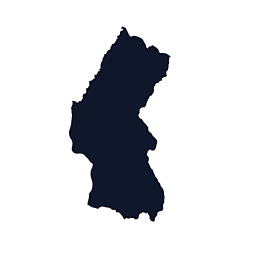 the district of Brasília de Minas, Minas Gerais, Brazil, rotated 159°
{"feature_id": "56859067B44310993838483", "entity_name": "Brasília de Minas", "entity_type": "district", "adm_level": 2, "iso_a3": "BRA", "parent_name": "Brazil", "parent_adm1": "Minas Gerais", "projection": "equal_earth", "projection_center": [-44.453, -16.238], "detail": "fine", "context": "isolated", "style": "filled", "palette": "ink", "viewbox_px": 256, "rotation_deg": 159, "n_neighbors": 0, "source": "geoboundaries", "source_scale": "gbopen_adm2", "svg_char_len": 5718}
<svg xmlns="http://www.w3.org/2000/svg" viewBox="0 0 256 256"><g transform="rotate(159 128 128)"><path d="M96.4,222.6L96.6,221.0L98.1,220.2L99.4,220.4L100.5,220.0L100.9,218.4L101.6,217.5L102.4,217.5L103.6,216.7L104.6,217.0L104.8,215.3L105.4,214.3L106.3,214.5L106.8,213.6L107.7,213.1L108.6,212.4L109.4,211.6L109.6,210.6L110.5,211.4L111.3,211.0L112.4,211.1L112.7,209.6L113.3,210.4L114.1,209.6L115.0,208.9L115.4,207.5L116.4,207.1L117.7,206.8L118.9,206.8L120.0,205.9L121.0,205.0L122.1,204.4L123.3,204.5L123.9,203.0L125.1,202.5L126.1,201.5L126.7,200.6L127.3,199.4L128.5,198.7L129.3,197.7L130.3,196.4L130.8,195.1L131.4,193.6L132.1,192.7L133.1,192.5L133.0,191.4L133.6,190.4L135.2,190.8L136.1,190.1L136.7,189.2L137.4,188.8L138.1,188.3L139.0,188.0L139.8,188.7L140.4,187.1L140.6,185.3L141.5,184.7L142.5,185.6L143.5,184.9L144.1,183.8L145.1,184.8L145.9,184.7L146.8,184.9L147.4,184.1L147.7,182.4L148.3,181.0L149.1,180.4L150.5,179.4L151.5,178.7L152.2,179.2L152.8,178.4L153.1,177.2L153.3,175.8L154.5,175.3L155.2,174.7L156.0,174.0L156.9,175.0L157.7,174.5L158.5,173.2L158.0,172.1L158.7,171.7L159.6,171.0L160.5,169.9L161.5,169.7L161.9,168.8L162.9,169.3L164.0,169.8L165.0,169.0L166.0,168.9L167.0,169.5L167.8,170.7L168.8,171.8L169.8,172.3L170.1,171.0L170.3,170.0L171.1,169.1L172.1,168.0L173.0,167.2L173.4,165.7L173.7,164.4L174.2,163.2L174.5,162.1L174.7,160.8L175.1,159.4L175.8,158.2L176.2,157.3L176.6,156.2L177.3,155.4L177.8,154.2L178.5,152.8L179.0,151.7L179.8,150.6L180.6,149.5L181.2,148.5L181.9,147.6L182.6,146.8L183.3,146.0L183.9,144.9L184.4,143.4L184.7,142.2L184.7,140.8L184.8,139.8L184.5,138.2L184.1,136.6L184.1,135.6L184.4,134.5L184.6,133.3L185.2,132.1L185.9,130.7L186.6,129.8L187.2,128.7L187.6,127.3L187.4,125.7L186.7,124.6L185.9,123.8L184.8,123.1L183.5,122.7L182.0,122.2L181.3,121.9L180.6,121.6L179.8,121.2L178.8,120.2L177.8,119.0L177.4,117.8L176.9,116.4L176.3,115.3L175.9,114.3L175.5,113.2L175.2,112.0L174.8,110.5L174.4,109.5L173.7,108.7L173.1,107.5L173.3,106.1L174.0,104.8L174.7,103.8L175.5,103.0L176.3,102.3L177.0,101.4L177.7,100.5L178.2,99.6L178.7,98.3L179.2,96.8L179.5,95.4L179.6,94.0L179.7,92.1L179.9,90.7L180.1,89.4L180.5,88.0L181.4,86.2L182.2,84.7L182.9,83.6L183.7,82.6L184.8,81.8L186.1,81.0L187.3,80.0L188.0,78.6L188.5,77.3L189.0,76.3L189.7,75.4L190.4,74.4L191.2,73.3L191.8,72.3L192.4,71.1L191.7,70.5L191.2,69.5L190.5,68.6L189.4,67.4L188.3,66.6L187.5,66.1L186.6,65.6L185.7,64.8L184.9,64.1L184.1,64.3L183.1,64.8L182.1,64.9L181.2,64.9L180.3,64.7L179.1,64.3L177.9,63.5L176.8,62.6L176.1,62.2L175.3,61.8L174.4,61.3L173.8,60.9L172.9,60.0L172.0,58.7L171.3,57.7L170.4,57.2L169.4,57.3L168.5,56.7L168.1,55.5L168.5,54.0L167.5,53.6L166.7,54.1L166.1,52.7L165.5,51.9L165.1,50.9L164.8,49.3L164.1,48.5L164.0,47.0L164.1,45.9L163.4,44.8L162.1,45.5L161.0,45.3L160.4,44.3L159.3,43.7L158.0,44.1L157.2,43.8L156.5,43.3L155.5,43.1L154.7,42.6L154.1,41.7L153.3,40.6L152.0,40.4L150.7,41.1L150.0,42.7L148.8,43.7L148.1,44.8L147.3,44.5L146.3,44.3L145.1,44.7L144.1,44.9L143.4,44.4L142.4,43.8L141.7,42.7L141.0,43.3L140.0,42.6L139.3,41.6L139.3,40.3L138.8,38.9L138.9,37.8L139.0,36.6L139.6,35.5L139.1,34.5L139.1,33.4L138.2,32.7L137.2,32.1L136.4,33.4L135.8,34.4L135.1,35.2L134.1,35.9L133.2,36.2L132.3,37.2L131.8,38.5L130.9,39.2L129.7,39.7L128.6,39.7L127.4,39.6L126.4,39.3L125.5,39.6L124.7,40.3L124.4,41.4L124.0,42.7L123.5,43.7L122.8,45.0L121.7,45.8L121.0,46.8L120.9,48.1L120.5,48.9L119.6,49.7L119.3,51.0L119.0,52.1L119.0,53.6L118.3,54.7L118.0,56.0L117.9,57.1L118.0,58.4L118.2,59.8L118.9,61.4L119.0,63.1L118.7,64.3L119.2,65.6L119.6,67.0L119.7,68.1L119.5,69.4L119.7,70.5L120.3,71.5L120.5,72.5L120.6,74.1L120.7,75.8L120.8,77.4L120.9,78.6L120.7,79.9L121.3,80.9L121.8,82.9L122.0,84.3L121.9,85.4L122.0,86.6L122.2,87.9L122.2,89.0L121.5,90.1L120.7,91.2L120.3,92.1L120.0,93.2L120.2,94.2L120.8,95.5L120.7,97.0L119.9,98.0L119.0,98.7L118.6,99.5L118.0,100.2L117.1,100.2L116.2,100.8L115.1,100.9L114.4,100.3L113.8,99.5L113.0,98.8L112.1,98.7L111.2,98.7L110.4,99.3L109.4,100.3L108.6,101.5L108.0,102.4L107.5,103.2L106.9,103.9L106.4,104.8L106.1,106.0L106.5,107.5L107.1,108.8L107.5,109.9L108.2,111.1L108.6,112.9L108.8,114.6L109.4,115.4L110.1,116.3L110.5,117.6L110.4,119.0L110.1,120.3L109.7,121.4L110.0,122.7L110.4,123.9L110.7,124.8L111.3,126.1L111.9,127.3L112.1,128.4L112.3,129.5L112.6,130.8L113.4,131.6L114.0,132.3L114.4,133.3L114.6,134.8L114.7,136.3L114.1,137.3L113.1,137.6L112.5,138.2L112.1,139.5L111.5,140.7L111.0,141.8L110.1,142.2L109.3,142.9L108.3,142.9L107.3,142.8L106.2,142.8L105.4,142.2L104.3,142.7L103.3,143.6L102.6,144.7L101.9,145.5L101.5,146.5L100.6,146.7L99.9,147.9L99.3,149.1L98.4,148.6L97.7,149.8L96.9,150.3L95.8,150.7L94.5,150.7L93.4,151.7L92.2,152.2L91.5,153.2L90.8,154.5L90.5,155.9L89.9,156.9L89.4,158.0L88.6,158.2L87.7,159.0L86.7,159.9L85.5,160.3L84.7,160.3L83.5,160.1L82.7,160.7L81.9,161.2L81.0,161.4L80.0,160.9L79.5,161.8L78.7,163.1L77.6,163.0L76.6,163.3L75.5,163.3L74.6,163.1L73.7,163.2L73.5,165.0L73.2,166.0L72.9,167.0L72.2,167.7L71.4,168.2L70.5,168.4L69.8,169.6L68.9,170.8L68.6,172.0L68.2,173.0L67.3,173.7L66.8,174.7L66.7,175.8L66.2,176.7L65.6,177.7L65.0,179.3L63.6,179.9L64.5,181.0L65.2,182.1L65.8,182.8L66.7,183.7L67.8,184.2L68.6,184.6L69.3,185.1L70.3,185.4L71.4,185.6L72.0,186.3L72.4,187.5L72.3,189.2L72.5,190.7L73.1,191.9L73.6,192.9L74.3,193.6L75.0,194.7L75.7,195.8L76.5,195.6L77.4,194.9L78.3,195.5L79.1,195.7L80.1,194.9L81.1,193.9L81.9,194.9L82.5,196.1L83.0,197.0L82.5,198.3L82.4,200.1L82.9,201.9L83.1,204.1L83.3,205.4L83.9,206.3L84.5,207.1L85.2,207.8L86.0,208.7L87.0,209.5L88.0,210.3L88.8,210.8L89.7,211.2L90.6,211.5L92.2,211.4L93.5,211.3L93.8,212.8L94.2,214.2L94.6,215.2L94.6,216.7L94.6,218.1L94.9,219.8L94.9,221.4L95.2,222.4L96.4,222.6ZM96.4,222.6L96.8,223.9L97.6,223.5L96.4,222.6Z" fill="#0f172a" stroke="#020617" stroke-width="1.5"/></g></svg>